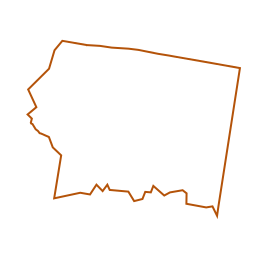 the district of Surry, North Carolina, United States of America, rotated 7°
{"feature_id": "52423323B17834677594816", "entity_name": "Surry", "entity_type": "district", "adm_level": 2, "iso_a3": "USA", "parent_name": "United States of America", "parent_adm1": "North Carolina", "projection": "mercator", "projection_center": [-80.75, 36.399], "detail": "fine", "context": "isolated", "style": "outline", "palette": "amber", "viewbox_px": 256, "rotation_deg": 7, "n_neighbors": 0, "source": "geoboundaries", "source_scale": "gbopen_adm2", "svg_char_len": 759}
<svg xmlns="http://www.w3.org/2000/svg" viewBox="0 0 256 256"><g transform="rotate(7 128 128)"><path d="M63.3,206.8L88.5,198.1L98.4,198.6L103.6,188.1L110.5,193.7L114.4,186.8L117.4,191.7L136.1,191.1L143.0,199.8L151.0,196.7L152.9,189.3L158.5,189.1L160.2,182.4L172.2,190.6L177.5,186.8L189.8,183.1L194.1,185.7L195.2,196.1L215.3,197.3L221.4,195.5L227.1,204.3L227.3,194.7L231.8,54.9L204.2,53.4L164.9,51.4L159.9,51.1L148.8,50.7L144.8,50.4L128.8,49.2L118.9,49.2L102.0,50.2L90.2,49.9L77.3,50.7L77.1,50.8L77.0,50.7L52.2,49.5L45.6,59.8L42.4,78.8L24.2,101.9L34.5,118.5L26.7,126.8L31.4,130.4L30.9,134.6L31.3,135.3L32.7,135.7L36.5,140.5L39.1,142.0L40.9,143.9L42.4,144.1L50.6,146.6L55.7,156.4L65.0,163.3L63.3,206.8Z" fill="none" stroke="#b45309" stroke-width="2"/></g></svg>